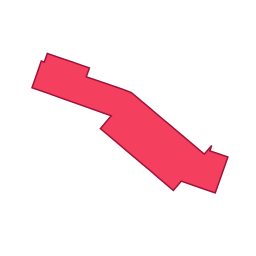 the district of 25 de Mayo, Chaco, Argentina, rotated 289°
{"feature_id": "61730980B17167733770144", "entity_name": "25 de Mayo", "entity_type": "district", "adm_level": 2, "iso_a3": "ARG", "parent_name": "Argentina", "parent_adm1": "Chaco", "projection": "mercator", "projection_center": [-60.005, -26.797], "detail": "fine", "context": "isolated", "style": "filled", "palette": "rose", "viewbox_px": 256, "rotation_deg": 289, "n_neighbors": 0, "source": "geoboundaries", "source_scale": "gbopen_adm2", "svg_char_len": 888}
<svg xmlns="http://www.w3.org/2000/svg" viewBox="0 0 256 256"><g transform="rotate(289 128 128)"><path d="M133.1,231.9L133.1,222.5L133.0,212.9L138.7,212.8L137.0,212.2L132.6,210.4L128.2,208.6L129.8,204.3L146.2,162.1L146.8,160.3L152.4,145.9L153.1,144.2L161.9,121.4L162.6,119.4L162.9,110.2L162.9,109.3L162.8,74.3L162.8,71.9L164.6,71.9L172.2,72.0L172.2,62.7L172.3,53.1L172.2,43.6L172.2,41.5L172.2,40.0L172.2,38.2L172.2,34.0L172.2,27.4L163.1,27.4L163.1,24.2L158.9,24.2L156.5,24.2L153.7,24.2L134.8,24.1L134.8,28.7L134.8,40.7L134.8,43.1L134.7,45.0L134.5,60.4L134.5,62.1L134.5,62.8L134.1,103.7L134.1,108.2L131.7,107.2L118.4,102.1L117.8,103.8L108.1,128.8L106.3,133.3L96.3,159.2L96.1,160.0L90.7,173.4L84.0,190.5L83.7,191.2L85.5,191.9L90.8,194.0L92.6,194.7L93.8,195.2L95.1,195.7L95.1,197.3L95.0,211.0L95.0,229.8L95.0,231.6L133.1,231.9Z" fill="#f43f5e" stroke="#9f1239" stroke-width="1.5"/></g></svg>